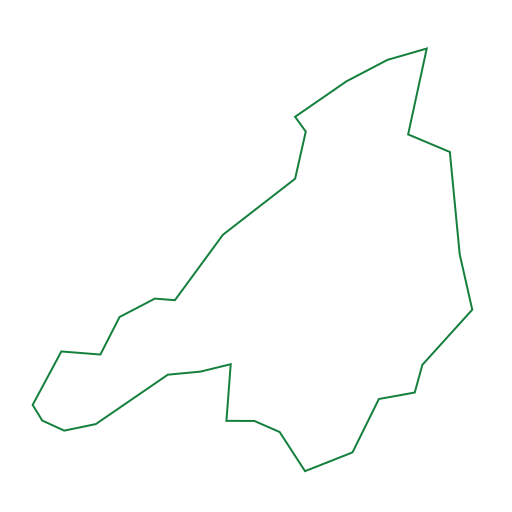 Gjirokastër, Gjirokastër, Albania, rotated 92°
{"feature_id": "67620474B28188595050305", "entity_name": "Gjirokastër", "entity_type": "district", "adm_level": 2, "iso_a3": "ALB", "parent_name": "Albania", "parent_adm1": "Gjirokastër", "projection": "equal_earth", "projection_center": [20.246, 40.01], "detail": "fine", "context": "isolated", "style": "outline", "palette": "green", "viewbox_px": 512, "rotation_deg": 92, "n_neighbors": 0, "source": "geoboundaries", "source_scale": "gbopen_adm2", "svg_char_len": 539}
<svg xmlns="http://www.w3.org/2000/svg" viewBox="0 0 512 512"><g transform="rotate(92 256 256)"><path d="M247.1,52.5L145.3,65.9L129.2,108.2L42.7,92.6L55.4,131.5L78.2,171.6L115.5,221.8L129.9,210.6L177.4,219.6L235.9,289.8L303.0,335.5L302.1,355.6L321.7,390.2L359.9,408.1L358.2,447.2L412.6,474.0L427.9,463.9L437.2,441.6L429.6,410.3L377.7,340.0L373.5,307.6L365.0,277.5L421.8,279.8L420.9,251.9L431.1,226.2L469.3,199.5L448.9,152.7L394.6,128.2L386.9,92.6L358.9,85.9L302.1,38.0L247.1,52.5Z" fill="none" stroke="#15803d" stroke-width="2"/></g></svg>